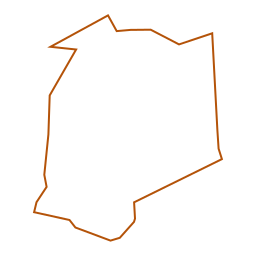 Franklin, Kentucky, United States of America (Mercator projection)
{"feature_id": "52423323B23030090649603", "entity_name": "Franklin", "entity_type": "district", "adm_level": 2, "iso_a3": "USA", "parent_name": "United States of America", "parent_adm1": "Kentucky", "projection": "mercator", "projection_center": [-84.902, 38.234], "detail": "fine", "context": "isolated", "style": "outline", "palette": "amber", "viewbox_px": 256, "rotation_deg": 0, "n_neighbors": 0, "source": "geoboundaries", "source_scale": "gbopen_adm2", "svg_char_len": 406}
<svg xmlns="http://www.w3.org/2000/svg" viewBox="0 0 256 256"><path d="M50.5,46.8L76.1,49.5L49.7,95.4L48.4,134.5L44.3,174.8L46.6,186.9L36.5,202.2L34.1,212.2L69.5,220.0L75.4,227.5L110.5,240.6L119.8,237.8L134.0,221.9L135.0,218.6L134.1,202.3L221.9,159.1L218.6,148.7L217.4,130.5L212.2,33.3L179.0,44.4L150.7,29.7L130.5,29.9L116.7,31.1L108.0,15.4L50.5,46.8Z" fill="none" stroke="#b45309" stroke-width="2"/></svg>